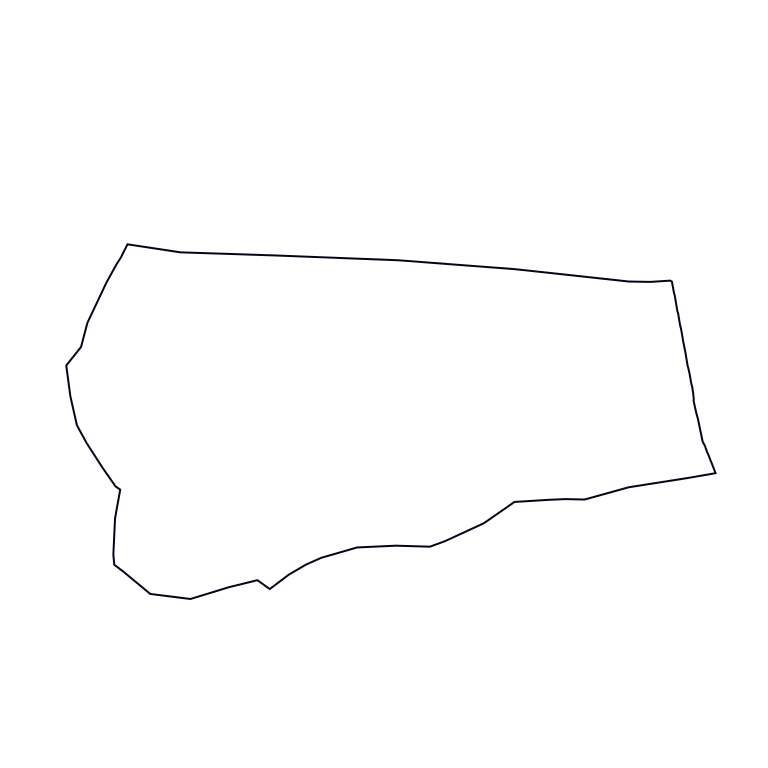 the district of Reduit Orchard, Gros Islet, Saint Lucia, rotated 80°
{"feature_id": "8701671B13742843200127", "entity_name": "Reduit Orchard", "entity_type": "district", "adm_level": 2, "iso_a3": "LCA", "parent_name": "Saint Lucia", "parent_adm1": "Gros Islet", "projection": "equal_earth", "projection_center": [-60.953, 14.066], "detail": "fine", "context": "isolated", "style": "outline", "palette": "ink", "viewbox_px": 768, "rotation_deg": 80, "n_neighbors": 0, "source": "geoboundaries", "source_scale": "gbopen_adm2", "svg_char_len": 1138}
<svg xmlns="http://www.w3.org/2000/svg" viewBox="0 0 768 768"><g transform="rotate(80 384 384)"><path d="M331.9,84.2L329.7,104.0L325.6,125.1L293.6,235.3L281.8,281.4L277.8,297.0L264.8,347.7L238.8,467.5L233.6,492.2L231.6,501.6L219.0,561.6L201.9,612.4L213.3,620.8L220.1,627.0L236.0,639.8L272.3,665.5L294.9,675.9L310.6,693.7L341.4,695.0L371.3,693.6L390.6,687.1L417.9,675.6L438.2,666.2L442.2,662.1L469.6,672.2L505.2,680.2L515.2,681.0L523.5,673.3L550.2,650.6L562.1,612.0L557.2,572.1L555.2,542.8L566.1,532.1L555.2,510.8L548.3,492.2L544.3,476.2L542.3,457.5L540.3,438.9L545.3,400.3L552.2,367.0L549.3,351.0L538.4,309.7L522.8,276.0L524.2,263.8L526.7,241.7L528.8,225.6L532.6,206.6L528.2,161.0L528.8,127.2L529.3,102.8L529.4,75.9L529.4,73.0L525.2,73.8L518.9,75.0L515.5,75.8L510.5,76.7L507.3,77.6L500.7,78.7L496.0,80.2L473.0,80.9L466.7,81.5L460.1,81.8L454.0,82.0L451.8,81.4L450.0,81.4L446.6,81.1L440.5,81.0L436.9,81.3L426.9,81.3L422.4,81.5L418.8,81.8L403.5,81.7L393.1,82.0L389.9,81.9L381.1,81.9L378.2,82.2L375.7,82.2L365.3,82.1L363.5,82.4L359.8,82.4L347.9,82.3L344.5,82.6L333.1,82.7L331.9,84.2Z" fill="none" stroke="#020617" stroke-width="2"/></g></svg>